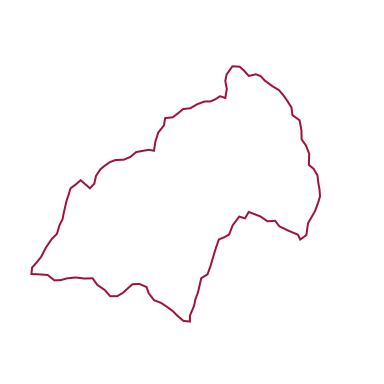 Alfredo Marcondes, São Paulo, Brazil (Natural Earth projection), rotated 201°
{"feature_id": "56859067B84367605837614", "entity_name": "Alfredo Marcondes", "entity_type": "district", "adm_level": 2, "iso_a3": "BRA", "parent_name": "Brazil", "parent_adm1": "São Paulo", "projection": "natural_earth1", "projection_center": [-51.395, -21.938], "detail": "fine", "context": "isolated", "style": "outline", "palette": "rose", "viewbox_px": 384, "rotation_deg": 201, "n_neighbors": 0, "source": "geoboundaries", "source_scale": "gbopen_adm2", "svg_char_len": 1593}
<svg xmlns="http://www.w3.org/2000/svg" viewBox="0 0 384 384"><g transform="rotate(201 192 192)"><path d="M199.3,323.8L201.8,314.0L200.7,307.6L196.4,300.6L194.6,291.7L200.1,291.5L203.6,286.7L207.4,283.1L212.9,280.9L218.6,275.8L223.7,269.5L230.0,266.3L233.4,260.2L236.8,254.8L243.5,251.4L242.1,244.1L244.8,235.4L244.2,225.6L242.3,216.9L247.5,215.9L258.4,209.3L262.2,202.6L267.1,197.8L275.1,194.3L279.4,190.4L282.8,185.4L285.7,180.3L287.4,172.6L286.2,164.8L288.6,158.9L300.2,163.1L302.9,157.9L306.7,151.9L306.2,145.3L306.0,139.2L304.3,127.0L303.1,120.1L303.8,113.8L303.1,104.5L306.1,97.9L308.5,87.6L309.6,77.4L311.8,70.5L314.2,64.1L312.5,57.9L305.3,60.3L297.0,62.8L288.7,60.2L282.8,62.8L277.7,66.6L270.0,70.5L261.6,72.6L253.9,75.8L247.3,71.4L238.2,69.2L231.0,65.4L224.5,67.9L220.5,72.9L217.5,78.8L214.6,84.5L208.2,87.3L200.4,87.0L196.1,81.9L188.7,77.4L181.5,77.4L174.5,75.9L167.2,73.9L161.7,71.4L153.8,68.6L147.5,70.3L149.6,75.9L149.3,86.7L150.4,93.0L150.4,100.0L151.4,107.3L152.5,114.8L148.0,120.7L148.2,129.4L149.0,139.4L149.6,147.8L149.9,157.3L145.6,161.4L142.1,165.6L142.1,175.4L139.1,186.0L133.0,186.4L131.9,193.7L125.0,193.7L119.3,193.7L111.0,191.7L104.1,194.9L98.0,191.2L87.5,190.4L77.8,190.1L73.9,186.4L69.8,192.7L72.5,204.5L70.3,218.2L70.4,227.2L70.9,233.8L73.9,240.1L77.0,245.2L80.8,252.5L86.9,257.3L92.6,259.2L96.3,269.7L102.2,276.2L108.6,280.5L111.8,288.6L117.3,297.5L125.8,299.8L129.4,306.5L136.2,311.6L141.2,314.9L147.4,318.3L154.4,319.5L163.7,322.0L169.4,324.8L174.5,324.8L180.6,320.7L187.0,324.0L192.4,326.1L199.3,323.8Z" fill="none" stroke="#9f1239" stroke-width="2"/></g></svg>